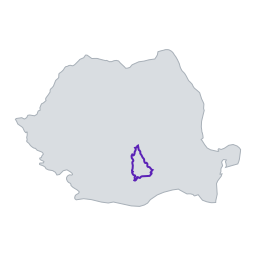 Dâmbovita highlighted on a map of Romania
{"feature_id": "ROU-130", "entity_name": "Dâmbovita", "entity_type": "County", "adm_level": 1, "iso_a3": "ROU", "parent_name": "Romania", "parent_adm1": "", "projection": "albers", "projection_center": [25.479, 44.942], "detail": "fine", "context": "in_parent", "style": "outline", "palette": "violet", "viewbox_px": 256, "rotation_deg": 0, "n_neighbors": 0, "source": "natural_earth", "source_scale": "10m", "svg_char_len": 5197}
<svg xmlns="http://www.w3.org/2000/svg" viewBox="0 0 256 256"><path d="M204.6,144.6L207.2,148.0L210.5,149.8L218.0,151.5L218.7,151.2L218.7,150.9L218.2,150.4L218.1,149.7L218.4,148.9L219.4,148.8L221.1,149.5L224.3,148.3L228.8,145.3L233.1,144.5L237.1,146.0L239.3,147.8L240.6,149.6L240.4,151.9L240.2,153.3L239.4,159.2L238.8,161.4L237.8,163.9L225.6,167.4L226.4,166.0L226.0,163.5L225.4,161.7L226.4,160.0L223.6,159.5L222.5,160.5L221.6,162.1L222.6,165.8L221.3,167.9L220.9,169.1L220.9,171.8L220.2,173.0L220.1,174.3L222.0,173.8L221.2,176.2L217.7,180.9L216.5,183.6L217.2,194.2L215.8,200.6L215.7,202.5L211.8,202.7L210.6,202.6L206.8,201.8L202.5,200.2L199.9,197.0L198.2,194.7L194.7,195.9L194.0,195.6L193.0,194.5L190.3,193.8L186.9,193.9L179.4,189.8L178.5,189.1L172.7,189.9L163.9,192.2L157.3,194.9L150.4,199.6L147.6,203.1L144.3,205.0L139.6,206.4L131.3,205.9L122.6,204.0L113.4,202.0L108.3,203.0L101.5,202.1L91.3,199.6L83.7,198.7L76.2,199.8L74.9,198.8L74.7,197.6L75.1,195.9L76.2,194.6L78.0,193.7L79.0,192.7L79.1,191.6L77.1,189.9L73.0,187.4L71.4,185.9L71.0,185.5L70.9,184.2L70.1,183.2L68.5,182.4L67.3,181.0L66.5,179.0L66.7,177.2L68.1,175.5L69.7,174.8L71.6,175.1L72.5,174.6L72.2,173.4L70.3,171.8L66.9,169.8L63.3,170.7L59.5,174.5L56.9,175.0L55.4,172.3L52.6,170.6L48.5,169.9L46.0,168.7L45.2,167.2L43.4,165.9L39.6,164.5L39.6,163.3L40.2,163.0L41.6,163.0L43.5,162.8L43.8,162.1L43.9,161.5L42.5,160.7L41.0,160.1L40.2,159.5L39.8,158.9L39.7,158.2L40.2,157.8L40.8,157.8L41.4,157.5L41.8,156.1L42.6,154.9L43.2,154.5L43.2,153.7L42.7,152.8L41.9,152.1L40.7,151.6L37.1,150.2L35.3,148.3L34.1,148.2L32.4,147.2L30.5,145.6L28.9,143.4L27.1,141.9L26.7,141.3L26.7,140.7L27.1,140.2L27.1,139.5L26.7,137.4L27.2,135.2L27.2,133.2L27.2,132.2L26.9,131.9L26.6,132.2L26.1,132.6L25.7,132.6L24.4,131.1L22.9,127.9L21.8,126.8L19.6,125.3L17.8,124.0L16.6,121.3L15.4,119.3L16.3,118.5L21.8,117.7L24.2,119.0L25.3,118.6L26.5,117.7L27.1,117.0L27.3,116.3L27.9,115.3L29.7,115.0L34.5,115.8L36.5,114.6L37.2,113.9L37.7,112.2L38.3,110.9L40.1,110.3L40.1,109.1L39.9,107.8L41.0,104.9L41.7,103.7L42.7,103.3L43.9,102.5L46.0,100.6L45.6,99.0L46.1,97.7L48.3,94.8L50.1,92.0L50.1,90.5L50.4,89.3L51.9,87.9L53.4,86.2L55.6,80.6L56.4,79.7L57.7,78.7L58.7,77.6L58.9,73.9L59.9,72.9L61.6,71.7L63.4,69.9L64.8,67.6L65.9,66.6L67.3,66.4L68.9,65.5L70.6,65.3L72.2,65.8L73.3,65.6L74.9,64.5L79.0,60.4L79.6,59.6L80.5,59.1L83.8,57.7L84.6,56.3L85.8,55.0L87.2,55.2L91.8,58.5L96.9,58.4L97.8,58.6L98.1,58.6L98.7,58.9L105.4,60.6L106.4,60.5L106.7,60.4L109.4,61.7L111.8,61.6L114.0,60.7L116.4,60.4L118.6,61.0L120.2,62.9L124.5,66.9L125.7,68.3L127.7,68.1L129.9,67.4L132.1,64.8L138.8,61.8L144.0,61.1L149.0,59.8L154.8,59.0L156.5,56.5L157.4,54.8L158.0,51.7L161.1,50.8L164.1,50.1L165.1,49.7L167.3,49.6L168.9,49.8L171.6,51.3L173.4,53.2L174.2,54.7L175.8,56.8L177.5,59.8L179.3,63.7L179.8,65.7L180.5,67.9L181.9,70.6L184.6,73.4L185.0,74.0L186.2,76.0L188.6,80.6L190.5,82.4L192.2,84.3L193.1,86.3L194.3,88.1L197.2,90.5L199.6,92.6L201.6,98.9L203.0,101.8L203.9,104.0L203.6,108.5L204.2,110.5L203.3,114.0L201.6,121.2L201.3,126.9L201.7,129.9L201.9,131.9L202.4,133.1L202.9,135.7L203.1,137.9L202.4,138.6L201.5,139.2L201.1,139.6L202.1,140.6L203.3,142.5L204.6,144.6Z" fill="#d9dde1" stroke="#a8b0b8" stroke-width="1"/><path d="M152.5,170.0L151.9,170.7L151.6,170.9L151.4,171.3L151.4,171.6L151.2,171.8L150.7,172.2L150.6,172.4L150.6,172.6L150.7,172.8L151.5,173.1L151.6,173.4L151.5,173.7L151.3,174.0L150.1,175.4L149.6,175.9L142.1,176.3L141.4,176.5L140.9,176.8L140.7,177.1L140.0,177.9L139.4,177.9L138.0,177.2L137.5,177.1L137.2,177.2L137.0,177.3L137.0,177.5L137.2,177.9L137.2,178.1L137.1,178.3L136.8,178.6L136.6,178.8L136.3,179.5L136.0,179.9L135.5,180.3L135.1,180.5L134.8,180.5L134.3,180.3L134.8,179.3L134.9,178.7L134.8,178.4L134.7,178.1L134.7,177.8L134.6,177.4L134.8,177.0L135.2,176.2L135.2,175.9L135.1,175.6L134.7,175.4L134.2,175.3L133.9,175.2L133.7,175.1L133.0,174.4L132.8,174.1L132.2,172.8L132.1,172.4L132.2,172.1L132.8,171.8L132.9,171.6L132.6,171.4L132.4,171.2L132.0,170.8L132.0,170.4L132.1,170.0L132.4,169.3L132.5,169.0L132.6,168.6L132.8,165.9L132.8,165.3L132.4,163.5L132.3,162.8L132.4,162.2L132.5,161.9L133.2,161.1L133.3,160.8L133.3,160.5L133.2,160.1L132.9,159.4L132.2,158.6L131.8,158.0L131.6,156.6L131.6,156.0L131.7,155.5L131.9,155.3L132.1,154.7L132.3,154.4L132.5,154.5L132.9,155.1L133.1,155.3L133.3,155.3L133.5,155.3L133.8,155.1L134.0,154.9L134.2,154.5L134.4,154.0L134.6,153.3L134.6,152.5L134.7,151.9L134.9,151.5L135.1,151.1L135.4,150.5L135.6,150.1L135.7,149.5L135.7,149.1L135.6,148.8L135.5,148.5L135.1,147.8L136.6,147.4L137.0,146.9L137.1,146.5L137.3,146.1L137.5,145.9L138.0,145.6L138.4,147.8L138.6,149.3L138.7,149.7L138.9,150.0L139.1,150.2L139.3,150.4L139.6,150.5L139.8,150.8L140.1,151.3L140.3,151.7L140.3,152.0L140.3,152.3L140.3,153.0L140.3,153.4L140.7,154.1L140.9,154.3L141.1,154.6L141.4,155.0L142.7,157.6L143.8,158.7L143.9,159.1L144.1,159.4L144.2,160.9L144.4,161.7L144.6,162.2L144.8,162.5L145.0,162.8L145.3,162.9L145.6,163.0L145.8,163.0L146.1,162.9L146.3,162.8L146.5,162.8L146.9,163.2L147.3,163.7L147.4,164.2L147.4,164.7L147.3,165.2L147.3,165.7L147.4,166.3L147.6,166.6L147.8,166.8L149.0,167.0L149.3,167.1L149.7,167.3L151.4,169.4L151.7,169.6L152.2,169.9L152.5,170.0Z" fill="none" stroke="#5b21b6" stroke-width="2"/></svg>